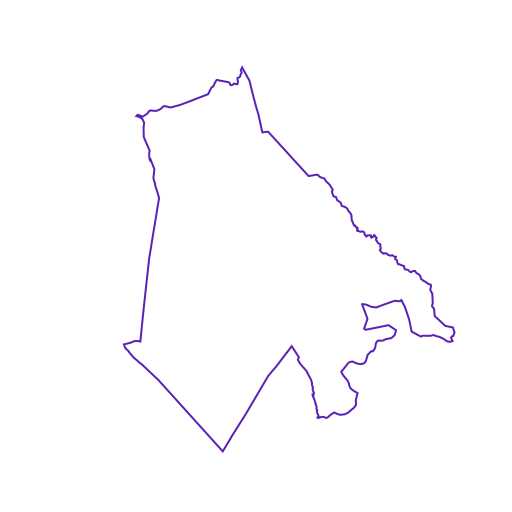 outline of San Francisco Telixtlahuaca, Oaxaca, Mexico, rotated 158°
{"feature_id": "50627088B991618938085", "entity_name": "San Francisco Telixtlahuaca", "entity_type": "district", "adm_level": 2, "iso_a3": "MEX", "parent_name": "Mexico", "parent_adm1": "Oaxaca", "projection": "natural_earth1", "projection_center": [-96.95, 17.367], "detail": "fine", "context": "isolated", "style": "outline", "palette": "violet", "viewbox_px": 512, "rotation_deg": 158, "n_neighbors": 0, "source": "geoboundaries", "source_scale": "gbopen_adm2", "svg_char_len": 6039}
<svg xmlns="http://www.w3.org/2000/svg" viewBox="0 0 512 512"><g transform="rotate(158 256 256)"><path d="M360.0,87.3L347.4,96.8L346.5,97.6L324.8,113.2L289.5,140.3L277.0,146.9L256.7,159.0L256.2,156.7L256.1,156.2L254.3,146.7L254.1,146.3L254.1,146.1L255.9,144.4L256.0,144.1L255.5,139.8L252.3,130.5L251.8,125.0L251.5,122.7L251.4,120.5L251.6,117.2L252.0,116.7L252.5,114.9L252.4,113.1L253.1,111.7L253.5,111.1L253.6,109.6L253.6,107.2L254.7,105.7L255.4,106.4L255.7,105.7L255.8,104.0L255.5,102.3L255.9,98.6L255.8,97.8L256.3,96.4L256.0,95.7L256.4,93.4L257.2,91.5L257.0,90.0L257.8,89.0L258.0,88.0L257.9,84.0L259.5,83.2L260.4,83.3L258.0,82.3L256.2,82.3L254.8,82.1L253.1,81.0L251.5,79.5L250.2,79.5L248.8,79.9L246.4,80.8L243.9,81.3L242.1,81.6L240.1,79.4L237.5,77.2L233.1,76.0L228.9,76.3L226.0,77.4L222.3,78.5L219.4,80.2L218.4,81.9L217.9,83.4L217.8,84.4L214.7,88.9L213.9,89.9L213.2,90.7L213.3,91.1L215.4,93.7L216.8,95.7L218.0,98.2L218.1,100.7L217.6,103.0L217.7,104.9L218.0,107.1L218.4,108.3L218.9,109.2L219.2,110.9L219.7,111.9L220.4,116.6L210.0,122.5L207.9,122.5L206.0,122.0L203.9,119.7L202.9,118.9L201.7,117.8L199.3,116.5L196.6,116.0L193.7,117.1L192.2,119.1L190.5,121.2L190.0,122.1L189.0,122.8L186.9,123.6L185.8,124.2L184.3,124.5L183.5,123.9L181.9,124.7L180.4,125.8L179.1,127.4L177.9,129.7L176.3,131.2L175.1,131.7L173.4,131.6L172.6,130.8L169.5,130.0L167.0,130.3L164.6,129.8L161.3,129.2L158.6,130.1L156.6,131.1L154.9,133.4L154.0,134.8L159.0,142.2L170.3,144.3L182.0,146.5L183.0,148.1L176.4,155.7L176.1,156.5L175.7,172.3L175.2,171.2L174.0,170.9L171.5,169.2L168.1,165.6L163.6,163.2L157.0,163.1L150.4,162.8L146.9,162.7L143.6,162.3L142.1,161.4L140.3,160.5L139.2,160.2L137.7,160.7L137.0,153.0L137.8,139.6L140.0,127.6L133.3,119.5L131.3,119.6L124.2,116.7L121.0,116.2L118.4,113.8L116.4,112.5L113.2,109.0L110.8,105.3L108.8,103.9L105.6,103.5L105.7,107.3L104.3,108.1L103.2,107.8L100.6,110.7L100.2,116.0L106.6,120.2L112.8,133.4L110.7,140.3L111.6,143.7L109.8,146.0L108.2,150.5L106.7,155.0L107.1,159.5L105.8,161.3L104.7,163.0L104.8,164.0L106.9,165.8L108.5,168.6L109.5,169.6L109.6,169.8L111.5,172.7L111.5,173.6L111.2,175.5L111.4,177.1L113.7,180.3L114.1,182.5L116.4,183.3L118.2,182.8L119.2,183.7L119.8,185.3L120.5,186.3L121.7,187.1L122.9,187.9L123.0,189.6L122.5,191.2L122.8,191.6L123.5,192.0L125.4,193.7L126.1,194.7L127.1,195.0L127.5,195.9L127.0,198.9L127.1,199.7L127.6,200.5L128.0,200.8L128.0,201.3L127.7,201.8L127.5,202.0L126.6,202.9L128.1,203.7L128.9,205.0L129.3,205.7L131.2,205.9L133.4,207.8L133.8,209.3L135.2,210.2L136.7,210.2L137.9,212.0L138.0,212.1L138.8,213.9L138.9,215.1L138.6,215.5L138.0,215.8L137.5,216.3L137.3,216.6L137.2,218.4L136.6,219.4L136.5,220.1L136.5,220.7L137.7,221.7L138.2,222.7L138.2,223.8L138.3,224.6L138.7,225.6L138.6,226.1L138.2,226.9L137.4,227.4L137.5,228.1L137.9,228.8L138.3,230.7L138.7,231.0L139.0,231.1L139.4,230.1L139.9,230.1L141.9,229.7L142.2,229.8L142.3,230.2L141.8,231.6L141.7,232.0L144.5,233.2L145.2,233.3L145.6,232.9L146.1,232.7L146.6,232.9L146.6,233.7L146.8,234.5L147.2,234.9L147.2,235.5L146.8,236.7L146.9,237.4L147.2,238.1L147.6,238.4L148.1,238.8L148.5,239.1L149.0,239.2L149.6,239.2L150.3,239.5L151.6,240.8L152.3,241.1L152.7,241.4L152.7,241.9L152.3,242.8L151.8,242.8L151.5,243.4L151.3,244.1L151.4,244.3L152.7,245.4L152.6,246.2L152.6,247.0L152.9,247.5L153.2,247.7L153.3,247.7L153.6,247.7L153.7,248.5L153.7,253.7L152.1,258.7L153.5,263.7L153.6,265.8L154.6,267.5L155.6,268.5L157.7,270.3L157.5,273.9L159.8,277.4L159.7,280.6L161.8,282.4L161.6,287.2L160.0,288.6L161.0,294.5L163.3,299.6L163.5,302.2L166.7,304.9L167.7,306.3L168.1,307.8L169.1,308.6L177.3,310.4L186.7,335.7L198.2,366.7L203.8,368.3L200.7,386.7L199.9,395.3L198.2,408.5L196.4,421.1L198.2,436.0L200.6,433.8L200.5,433.5L200.5,433.1L200.4,432.3L200.4,432.0L200.5,431.7L200.6,431.4L200.9,431.1L201.8,430.5L202.2,430.2L202.4,430.0L202.5,429.8L202.9,429.0L203.1,428.8L203.5,428.4L203.8,428.2L204.1,428.1L204.5,428.0L204.9,427.9L205.8,428.1L206.1,428.1L206.3,428.0L206.5,427.8L206.7,427.7L206.8,427.5L206.8,427.3L207.0,426.3L207.2,425.1L207.3,424.7L207.4,424.4L208.4,422.8L208.6,422.6L208.9,422.4L209.1,422.3L209.3,422.3L209.5,422.4L209.8,422.5L210.0,422.7L210.7,423.4L210.9,423.7L211.1,423.8L211.4,423.9L211.6,423.9L211.9,423.9L214.0,423.5L214.3,423.4L214.7,423.5L215.1,423.7L215.4,423.9L215.6,424.2L215.7,424.6L215.8,425.0L215.8,425.4L215.7,425.9L215.7,426.3L215.8,426.6L215.9,426.9L216.0,427.1L216.3,427.3L221.2,430.6L224.4,432.5L224.7,432.8L224.9,433.0L225.4,433.5L225.7,433.7L225.8,433.8L226.2,433.9L226.3,433.9L226.7,433.8L226.8,433.8L227.1,433.6L229.4,431.8L229.7,431.5L230.2,431.1L231.3,429.9L231.7,429.6L232.2,429.2L232.4,429.1L232.8,429.1L233.8,429.0L234.0,428.9L234.9,428.3L239.8,424.0L254.7,424.2L270.0,424.5L279.6,425.7L282.9,428.1L285.2,429.5L286.6,429.2L287.2,428.9L288.2,428.5L288.6,428.3L290.0,428.0L290.5,427.9L291.0,427.9L292.9,427.8L294.3,428.0L295.4,428.4L296.5,429.0L299.5,430.5L300.2,430.6L300.4,430.5L300.7,430.4L301.5,430.0L302.6,429.2L303.1,428.9L303.7,428.7L305.3,428.3L307.4,427.9L308.1,427.8L308.5,427.7L309.0,427.8L309.3,427.9L309.5,428.0L310.4,429.1L311.9,430.7L312.1,430.8L312.4,431.0L312.6,431.1L313.0,431.1L313.3,431.1L313.5,431.0L313.7,430.9L314.3,430.6L314.5,430.5L314.1,430.2L313.8,430.0L313.2,429.6L311.9,428.4L311.6,427.9L311.3,427.5L311.0,427.2L310.7,426.8L310.2,425.8L310.0,425.1L310.0,424.7L309.9,424.2L310.0,423.4L309.9,422.9L309.7,421.7L311.3,418.7L312.2,417.0L315.5,408.3L315.4,404.3L315.1,393.6L316.2,392.0L316.6,391.1L317.3,389.4L318.1,386.9L318.4,386.0L318.3,385.0L318.3,384.9L318.0,385.2L317.6,385.3L317.7,374.5L321.8,367.0L322.0,366.0L322.3,364.4L322.4,362.9L322.3,362.4L322.3,361.8L322.9,359.9L323.2,357.0L323.4,355.9L323.3,354.8L323.3,354.0L324.2,346.0L334.1,329.7L349.3,304.8L349.5,304.3L349.8,303.8L355.8,294.1L377.5,253.7L383.6,242.2L395.3,220.0L397.6,221.6L399.1,222.0L400.3,222.6L405.1,222.6L411.5,223.5L411.8,220.5L411.4,219.2L411.1,218.0L410.5,217.1L409.8,215.5L409.7,214.7L408.9,211.8L407.3,207.3L404.8,202.6L404.2,201.2L402.4,198.2L398.3,189.1L393.1,178.0L360.0,87.3Z" fill="none" stroke="#5b21b6" stroke-width="2"/></g></svg>